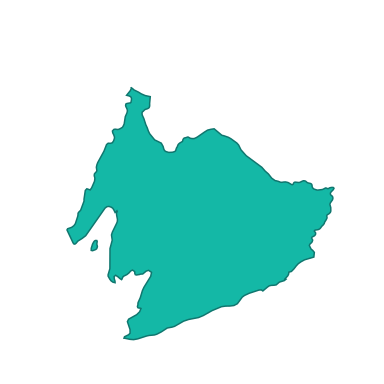 Lampung, Robinson projection, rotated 64°
{"feature_id": "IDN-1229", "entity_name": "Lampung", "entity_type": "Province", "adm_level": 1, "iso_a3": "IDN", "parent_name": "Indonesia", "parent_adm1": "", "projection": "robinson", "projection_center": [104.899, -4.841], "detail": "fine", "context": "isolated", "style": "filled", "palette": "teal", "viewbox_px": 384, "rotation_deg": 64, "n_neighbors": 0, "source": "natural_earth", "source_scale": "10m", "svg_char_len": 4699}
<svg xmlns="http://www.w3.org/2000/svg" viewBox="0 0 384 384"><g transform="rotate(64 192 192)"><path d="M303.9,111.0L302.3,120.5L302.5,124.6L303.0,127.8L304.1,130.7L305.8,134.1L307.0,137.5L306.5,140.1L308.1,141.1L309.3,142.6L310.9,146.6L311.1,146.3L311.2,146.1L311.6,145.8L312.1,147.9L311.3,153.0L312.4,157.1L311.7,159.3L310.7,161.6L310.2,163.6L310.5,165.7L312.0,171.7L310.4,172.6L309.5,174.8L308.1,184.9L308.0,190.1L308.5,192.9L312.3,200.2L312.4,204.1L311.1,207.9L309.3,211.8L308.0,215.8L307.4,225.9L308.0,235.9L307.7,241.2L305.1,250.9L304.4,256.3L305.1,266.5L304.7,269.2L303.4,273.8L304.3,281.2L304.4,286.0L304.0,288.5L302.1,293.5L301.5,296.1L300.2,305.2L299.1,309.2L297.2,312.4L294.0,316.5L293.6,317.2L292.5,316.1L292.5,311.6L291.8,309.6L288.5,308.0L280.2,306.9L278.5,304.7L278.0,295.5L276.7,291.6L274.3,288.9L273.7,289.5L272.7,291.0L272.2,291.4L271.1,291.3L270.3,290.7L269.6,290.0L268.9,289.7L267.8,289.0L264.3,284.8L258.9,279.8L256.6,277.0L249.7,266.1L246.5,263.6L243.4,265.3L243.0,267.7L244.1,272.2L243.1,274.6L243.2,275.1L242.2,278.4L241.9,278.7L241.4,279.2L240.1,279.1L238.4,278.4L236.1,279.7L236.1,281.7L237.1,284.1L237.7,286.8L237.7,290.1L238.1,291.4L238.9,292.4L239.6,293.1L239.9,293.7L238.3,294.7L235.6,295.8L233.4,297.1L233.8,299.0L235.8,299.9L238.4,300.3L239.8,300.9L238.4,302.6L236.4,303.7L234.3,304.1L230.9,304.3L229.6,303.7L224.9,299.4L206.9,290.5L200.3,284.8L195.3,283.2L193.1,281.1L186.9,273.2L185.7,272.0L183.9,271.0L179.8,269.9L177.8,269.1L176.7,267.7L176.0,267.7L176.2,268.2L176.7,270.1L174.0,270.1L172.0,270.3L170.3,271.2L168.5,273.0L167.9,275.0L168.4,277.3L184.7,306.7L185.6,311.2L186.1,316.1L187.3,318.8L187.5,320.1L187.0,320.9L185.7,321.2L171.3,321.0L170.5,319.9L171.0,315.7L170.5,312.9L169.3,310.7L163.8,305.4L162.7,304.6L161.1,303.7L160.4,302.5L159.6,300.1L152.8,293.0L151.1,292.2L143.8,287.2L143.0,285.1L145.5,282.6L144.2,280.3L139.6,274.9L137.3,273.4L136.1,273.0L135.2,272.9L134.2,272.6L133.0,271.8L132.5,270.8L132.0,269.4L131.2,268.2L127.8,267.1L125.9,265.6L124.2,263.8L116.7,253.2L111.9,248.0L111.4,246.0L112.6,243.7L112.8,242.0L111.7,240.1L110.0,238.4L108.7,237.6L106.4,237.3L104.1,237.3L102.3,236.8L101.5,234.8L101.8,233.6L103.3,231.3L103.6,229.9L103.5,227.4L103.4,226.4L103.0,225.5L101.2,223.2L95.0,218.9L92.4,215.8L90.8,214.5L88.9,214.0L86.2,214.0L85.0,213.7L83.9,212.8L83.9,211.7L84.9,208.2L84.6,207.5L84.0,207.1L83.0,206.3L81.7,205.5L80.3,205.2L79.3,205.5L78.2,206.3L76.4,208.4L73.9,203.1L72.5,201.3L71.6,201.0L71.6,200.9L73.2,200.0L74.8,199.4L78.8,196.3L81.5,194.6L84.8,191.8L88.0,187.7L93.9,191.3L95.5,192.0L96.6,192.7L97.4,193.6L97.6,194.6L97.6,195.8L97.4,197.0L97.3,198.2L97.6,199.2L98.1,200.5L98.3,201.6L99.3,202.4L101.0,203.0L105.0,203.1L111.1,204.0L114.8,204.1L118.0,204.5L121.1,204.5L128.8,202.7L134.6,198.2L138.3,198.0L141.6,198.6L142.7,198.4L143.7,198.1L144.3,197.6L146.2,195.6L147.7,192.1L147.9,191.1L148.0,189.6L147.8,188.8L147.3,188.2L146.7,187.7L145.6,186.6L145.1,185.7L143.3,183.7L142.9,182.7L142.6,181.5L142.4,178.6L142.1,178.1L141.0,177.2L140.3,176.2L140.1,175.4L140.2,174.7L140.4,174.0L140.7,171.8L141.0,171.3L142.7,170.2L143.3,169.5L144.0,168.5L144.9,166.7L145.0,164.6L144.9,162.9L143.6,154.5L143.2,150.9L143.9,147.6L144.9,144.4L154.1,140.3L155.4,138.7L158.8,135.3L161.3,133.6L167.7,130.2L170.2,129.5L175.5,129.5L183.1,127.4L200.4,118.4L205.2,117.1L209.3,115.4L214.5,114.3L218.2,112.3L219.1,111.1L220.3,109.7L222.0,108.2L222.7,107.0L223.2,105.3L223.9,103.6L224.9,102.3L225.8,101.3L228.9,99.3L229.4,98.6L229.4,97.8L228.5,96.7L228.2,96.0L228.2,95.4L228.6,94.5L230.2,92.0L230.4,91.5L230.6,90.6L230.6,88.2L230.7,87.0L231.3,85.9L232.1,85.1L233.7,84.5L234.7,83.7L236.4,81.6L237.3,81.1L238.4,81.1L239.9,81.7L241.3,81.7L242.5,81.3L243.5,80.4L245.1,78.7L245.5,77.9L246.9,73.8L247.0,72.7L246.9,70.5L247.0,70.0L247.3,69.6L247.7,69.3L248.2,68.9L248.5,68.4L248.7,67.6L248.6,66.4L248.9,65.1L249.2,64.2L249.7,63.2L250.3,62.8L251.0,62.8L251.9,64.1L252.9,66.9L253.6,68.1L254.8,68.6L255.6,68.5L257.1,67.8L258.2,67.7L259.4,68.1L260.6,69.1L262.5,72.5L263.5,73.5L266.8,74.1L270.0,75.6L271.0,76.6L271.6,78.3L271.7,79.4L271.8,80.4L272.1,81.0L272.8,81.5L273.9,81.7L274.8,82.3L276.2,84.2L277.1,85.8L278.4,87.1L279.2,88.7L279.6,90.1L280.5,91.9L280.7,92.2L281.1,93.3L281.2,94.5L281.0,95.5L280.3,97.8L280.3,98.7L280.8,99.2L282.6,98.8L283.4,99.0L284.2,99.5L284.9,100.6L285.1,101.6L285.1,102.7L285.2,104.0L285.9,104.7L288.1,104.6L289.0,105.4L289.8,106.4L290.6,109.0L291.5,110.0L295.5,110.0L297.4,109.1L299.9,108.5L303.9,111.0ZM199.7,301.0L201.2,302.5L201.5,303.8L201.2,307.1L200.3,308.2L198.4,307.2L195.3,304.3L193.9,302.4L193.3,301.2L193.2,300.1L193.9,298.8L194.9,298.9L197.1,300.4L199.1,300.8L199.7,301.0Z" fill="#14b8a6" stroke="#0f766e" stroke-width="1.5"/></g></svg>